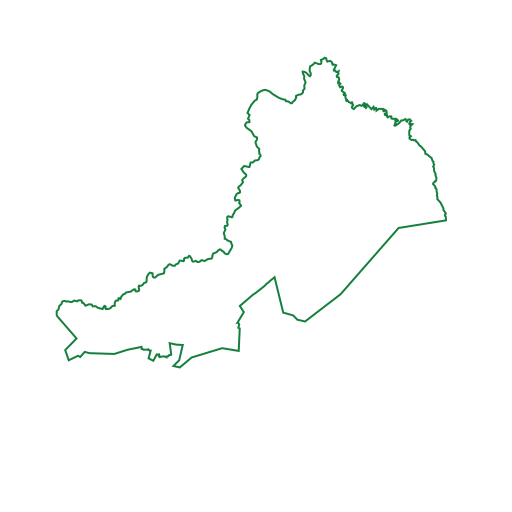 the district of Masinga, Eastern, Kenya, rotated 314°
{"feature_id": "3690345B51887825082332", "entity_name": "Masinga", "entity_type": "district", "adm_level": 2, "iso_a3": "KEN", "parent_name": "Kenya", "parent_adm1": "Eastern", "projection": "albers", "projection_center": [37.619, -0.95], "detail": "fine", "context": "isolated", "style": "outline", "palette": "green", "viewbox_px": 512, "rotation_deg": 314, "n_neighbors": 0, "source": "geoboundaries", "source_scale": "gbopen_adm2", "svg_char_len": 6142}
<svg xmlns="http://www.w3.org/2000/svg" viewBox="0 0 512 512"><g transform="rotate(314 256 256)"><path d="M77.8,151.0L75.2,153.5L74.6,154.8L72.0,184.2L55.8,184.1L50.9,193.7L60.6,197.3L61.2,199.7L68.0,199.4L70.5,203.8L87.1,222.1L99.1,228.6L111.1,236.8L109.7,238.4L110.4,239.2L110.4,240.2L112.6,242.2L113.3,243.3L114.1,243.4L113.9,244.9L114.8,245.9L107.8,249.8L109.3,254.9L116.3,252.9L116.8,254.0L117.9,254.6L117.0,255.9L116.4,255.9L116.4,257.1L117.6,257.6L120.1,259.7L121.0,262.1L121.9,261.6L122.9,262.5L124.5,262.4L125.6,263.5L126.2,263.5L133.3,254.5L137.0,260.4L141.1,265.1L127.6,273.2L119.5,273.0L122.9,278.6L138.3,280.2L166.2,295.7L175.7,309.5L192.6,294.6L192.1,293.1L195.1,291.5L195.7,289.3L195.2,289.0L207.2,286.2L208.8,279.1L226.1,280.7L228.9,281.4L240.7,283.0L243.5,282.9L246.5,283.5L247.0,283.3L253.6,284.1L234.2,314.9L239.1,324.1L238.9,330.0L243.0,336.8L287.3,343.4L375.2,339.1L413.6,367.9L416.0,365.3L416.3,363.9L416.9,363.2L418.1,363.3L418.6,362.7L419.3,358.8L420.5,357.6L422.6,351.6L422.9,346.8L424.2,345.9L425.2,344.1L426.8,343.0L427.7,341.4L429.7,339.0L429.5,337.7L430.5,336.7L430.8,333.3L431.9,332.8L433.5,333.2L434.1,332.8L435.3,333.3L437.5,331.6L438.9,328.7L439.7,328.4L440.9,325.1L443.0,322.9L443.4,321.3L445.4,320.8L446.1,319.0L447.0,318.3L447.1,316.7L448.4,314.4L447.9,308.5L447.2,306.8L448.8,304.9L449.4,298.6L449.0,297.0L449.8,293.4L449.6,291.9L450.2,290.2L449.0,289.5L448.9,288.4L447.6,287.5L447.1,284.9L447.5,284.3L448.2,284.1L449.7,284.3L449.8,283.7L449.2,282.7L449.5,282.2L452.1,279.6L452.9,279.4L453.2,279.0L455.0,278.9L455.4,277.8L456.7,276.9L459.5,276.9L458.5,275.4L457.4,275.3L457.6,274.3L459.6,273.6L461.0,273.8L461.1,271.6L459.8,270.7L457.5,271.4L457.3,270.7L458.1,269.7L458.3,268.3L455.5,267.5L454.4,266.3L451.4,266.7L448.6,266.2L448.4,265.5L447.0,265.9L446.4,265.6L446.1,264.9L450.0,263.1L450.0,262.3L450.4,262.0L451.1,263.9L451.6,264.3L452.2,264.0L452.0,261.5L449.6,259.0L449.0,257.8L450.4,256.4L449.2,255.0L447.2,254.4L447.6,253.1L448.5,252.2L448.5,251.7L447.1,251.2L447.2,250.4L447.7,249.9L449.5,250.8L451.0,249.1L450.7,247.1L450.2,246.7L449.2,247.7L448.8,247.3L448.9,246.5L450.2,245.8L450.1,245.2L447.2,242.2L444.3,241.7L445.7,240.3L445.9,239.6L445.5,239.2L443.5,239.3L444.9,236.9L441.8,237.1L442.2,230.5L440.7,230.9L439.5,232.3L438.9,232.2L439.2,231.6L439.2,230.8L438.6,230.5L438.9,229.2L441.2,228.7L441.2,227.7L440.6,227.5L438.7,227.9L437.2,227.5L436.7,225.8L433.4,224.2L429.6,224.3L429.3,222.3L430.1,221.2L432.0,221.1L433.1,218.4L431.9,218.4L432.0,217.5L431.1,215.8L431.4,214.7L430.4,213.5L430.6,213.0L431.3,213.2L431.7,212.8L431.3,212.2L431.5,211.3L432.7,209.5L433.7,209.1L434.1,208.5L432.8,207.4L433.1,206.7L434.6,207.0L435.0,206.6L434.3,203.0L435.2,202.3L436.5,202.3L437.8,201.5L437.9,200.7L437.5,200.1L435.8,199.2L436.6,197.1L438.5,197.1L438.7,195.4L437.5,194.9L438.5,194.0L440.8,193.3L442.0,191.2L441.0,190.1L441.3,189.3L441.9,188.9L444.3,188.9L444.9,187.8L446.2,187.1L444.5,186.5L444.1,186.0L444.4,184.1L443.5,183.3L443.8,182.7L448.9,181.2L447.8,178.8L447.0,178.6L446.8,178.0L448.1,176.1L447.8,173.7L445.4,172.3L446.0,170.4L447.0,169.2L446.3,167.7L444.0,167.4L442.1,166.5L441.2,168.1L439.7,169.1L438.8,169.0L437.8,168.1L435.9,164.0L433.2,164.1L430.0,163.2L426.5,165.8L425.5,168.3L424.4,169.6L422.9,170.0L422.5,168.8L422.7,164.9L422.2,163.1L421.1,161.5L420.1,162.6L418.8,166.0L417.0,167.3L415.4,171.0L412.0,172.4L410.1,174.7L407.7,174.8L406.4,176.1L404.8,176.3L403.4,176.0L401.9,174.8L399.2,173.6L398.7,173.7L397.7,175.0L396.6,175.1L395.5,175.8L392.0,175.4L390.9,175.7L390.1,175.0L389.6,171.9L388.2,170.0L388.8,168.6L387.2,166.2L385.7,162.6L384.1,155.7L383.9,151.9L382.6,148.3L381.3,146.6L378.3,145.1L374.4,144.1L373.2,144.6L371.5,146.4L369.1,147.9L367.0,147.2L365.5,147.3L361.7,147.6L358.0,148.6L353.0,150.5L353.0,153.4L349.2,154.9L349.2,156.7L347.7,158.3L345.7,156.5L343.2,156.8L342.2,157.5L341.7,160.1L342.6,166.1L340.9,171.5L342.0,174.5L339.7,176.1L338.2,176.2L337.3,176.8L335.3,180.6L335.3,184.0L333.8,185.0L332.9,186.5L331.9,187.2L331.7,189.3L331.1,189.9L329.3,190.0L327.8,190.8L326.2,190.7L324.0,188.9L321.2,188.8L319.5,187.2L315.7,189.4L315.1,189.2L312.6,185.0L308.5,185.0L307.6,188.9L307.7,192.3L306.9,193.3L305.8,193.6L303.7,193.2L301.4,193.2L300.6,193.9L300.2,195.3L299.5,195.5L296.4,195.8L293.3,195.5L292.6,195.9L291.8,199.1L290.7,200.3L289.8,200.2L288.6,199.3L286.8,199.1L283.0,200.4L281.6,202.4L281.9,203.0L283.8,204.0L284.5,205.4L283.9,206.3L282.4,207.0L282.0,210.1L281.4,210.4L278.3,210.1L274.2,209.4L271.1,210.6L269.3,210.8L267.8,211.9L267.1,211.8L265.3,208.4L263.8,208.3L262.1,210.5L260.3,211.6L258.9,213.9L257.5,214.2L256.2,212.9L254.9,213.3L253.8,215.6L250.1,216.9L248.4,219.9L246.7,221.5L247.3,222.6L247.5,225.0L248.8,228.2L247.6,230.1L247.2,231.6L245.2,232.8L238.6,234.4L237.7,234.4L236.7,233.3L236.2,231.4L236.6,229.5L236.0,228.0L236.2,226.7L235.8,225.5L234.0,224.9L231.4,225.0L228.0,223.5L226.8,223.9L224.2,225.7L223.2,225.8L220.5,223.6L216.6,222.5L215.3,219.7L213.1,219.5L211.8,218.9L211.1,218.2L210.7,216.1L208.7,215.1L208.0,214.2L208.3,213.1L209.1,212.0L210.0,208.6L209.6,207.7L207.3,208.0L205.4,206.2L203.9,206.2L203.2,207.1L202.0,207.5L200.0,204.5L199.2,204.4L196.6,205.2L194.2,204.2L192.6,204.4L191.1,202.8L190.5,200.2L189.9,199.4L187.8,199.2L186.7,199.6L183.0,199.0L180.9,201.1L179.6,201.8L174.4,198.7L170.6,198.4L169.7,197.7L169.4,196.6L170.4,194.8L171.7,193.7L170.4,191.3L168.1,191.2L164.9,192.1L161.9,194.8L160.6,195.2L158.9,194.2L156.4,194.5L154.7,194.0L153.3,192.4L152.7,192.6L150.3,195.6L149.5,195.9L147.9,195.1L147.2,194.2L147.1,193.5L148.0,192.5L147.4,191.4L143.1,190.5L139.4,187.8L137.9,188.0L135.9,187.1L133.0,187.4L131.0,188.3L130.6,186.7L129.8,186.5L128.7,187.6L128.0,187.6L126.7,186.3L125.9,186.2L123.6,187.4L122.1,189.0L120.3,187.4L117.4,187.5L115.7,186.8L113.5,184.8L113.9,183.8L115.1,183.2L115.1,181.9L114.0,181.6L111.3,182.5L108.9,178.2L108.5,175.5L106.4,173.6L106.9,171.4L105.1,169.3L101.8,167.9L102.3,164.6L101.6,163.4L102.6,161.9L102.5,160.8L100.7,159.0L99.2,158.9L97.7,156.2L95.2,155.6L94.3,154.9L92.8,152.3L91.3,150.9L90.7,149.4L88.8,148.3L86.3,149.4L83.5,149.2L80.4,151.0L77.8,151.0Z" fill="none" stroke="#15803d" stroke-width="2"/></g></svg>